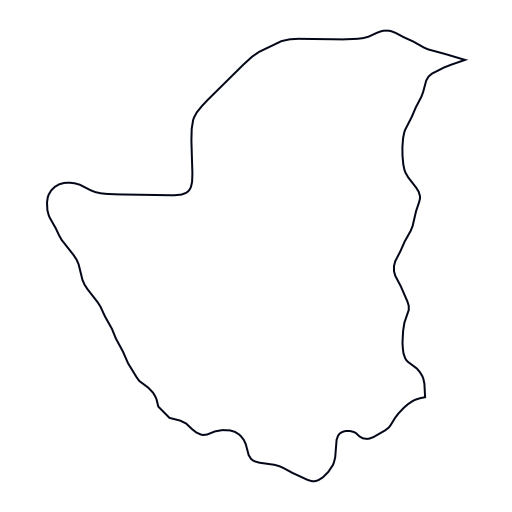 Las Guaranas, Duarte, Dominican Republic (Mercator projection)
{"feature_id": "3306468B34554561821271", "entity_name": "Las Guaranas", "entity_type": "district", "adm_level": 2, "iso_a3": "DOM", "parent_name": "Dominican Republic", "parent_adm1": "Duarte", "projection": "mercator", "projection_center": [-70.215, 19.194], "detail": "fine", "context": "isolated", "style": "outline", "palette": "ink", "viewbox_px": 512, "rotation_deg": 0, "n_neighbors": 0, "source": "geoboundaries", "source_scale": "gbopen_adm2", "svg_char_len": 2328}
<svg xmlns="http://www.w3.org/2000/svg" viewBox="0 0 512 512"><path d="M186.1,423.5L192.1,429.2L196.2,432.4L200.7,434.5L203.1,435.0L207.2,434.5L215.0,431.4L222.3,430.1L230.0,430.4L235.0,431.9L239.1,434.5L240.9,436.2L243.8,439.9L245.8,444.3L248.7,455.2L251.1,459.0L252.9,460.4L254.9,461.4L259.4,462.7L274.4,464.8L279.4,466.2L283.8,468.2L292.4,472.9L307.4,479.8L311.5,481.1L313.8,481.3L316.3,480.9L318.6,480.0L322.8,477.4L328.4,471.8L332.9,465.0L333.9,462.5L335.2,457.3L336.6,439.8L338.1,435.6L339.6,433.7L341.5,432.4L343.6,431.5L345.7,431.0L350.0,431.0L354.1,432.1L355.8,433.0L359.6,436.5L362.8,438.3L367.0,438.9L369.3,438.6L373.4,437.1L385.1,430.4L388.7,427.6L390.2,425.8L395.2,417.7L398.4,413.5L404.0,407.6L408.2,404.0L412.7,401.0L415.1,399.8L420.1,398.2L425.1,397.2L424.4,383.7L423.3,378.6L422.3,376.1L419.8,372.0L416.8,368.5L408.1,362.0L406.5,360.4L405.2,358.3L403.5,353.5L402.8,348.1L402.5,342.5L403.1,331.0L404.4,322.7L408.8,309.8L408.7,305.6L407.4,301.5L400.8,286.3L395.3,275.9L394.0,271.2L394.0,266.1L395.2,261.3L400.6,250.8L404.7,241.5L410.7,230.8L412.6,226.1L416.1,211.0L419.0,202.5L420.0,198.5L420.0,196.3L418.7,191.8L416.2,187.7L408.2,177.4L405.5,172.7L404.5,170.1L403.3,164.5L402.5,155.8L402.4,147.0L403.1,138.2L404.2,132.6L405.1,129.9L411.8,116.8L415.8,107.4L421.4,96.7L423.1,92.1L426.2,80.6L428.5,76.6L432.0,73.6L444.0,67.5L451.7,64.5L465.0,59.9L445.5,54.1L428.2,49.4L423.8,47.5L413.2,41.5L403.9,37.3L395.6,32.9L391.2,31.2L388.7,30.7L383.7,30.7L381.3,31.2L376.9,32.8L368.5,36.7L363.2,38.1L357.5,38.8L342.9,39.4L298.4,38.8L289.8,39.3L281.5,41.1L259.2,51.8L252.2,56.6L243.7,64.3L208.1,99.5L202.1,105.8L196.7,112.5L194.0,117.5L193.1,120.2L191.7,128.8L191.4,140.6L192.4,173.5L192.1,181.7L191.0,186.8L189.9,189.1L188.3,191.2L186.2,192.8L181.5,194.6L173.7,195.3L118.1,194.4L106.5,193.9L100.8,193.3L95.3,192.1L90.5,190.2L79.8,184.7L74.7,183.3L69.5,182.7L64.3,182.9L59.2,184.3L54.9,186.8L51.3,190.3L48.7,194.6L47.8,197.2L47.0,202.4L47.4,210.3L48.8,215.5L49.8,217.8L55.8,228.4L59.1,235.4L61.7,240.0L73.6,255.1L76.6,259.7L78.7,264.6L82.4,279.7L84.5,284.6L87.5,289.2L97.6,302.2L100.5,306.7L104.8,316.1L112.0,329.0L115.9,338.6L122.9,351.5L128.0,363.2L136.7,377.4L139.3,381.0L148.3,387.7L153.1,392.8L155.5,396.9L156.5,399.3L158.3,406.6L169.5,417.9L180.2,420.6L186.1,423.5Z" fill="none" stroke="#020617" stroke-width="2"/></svg>